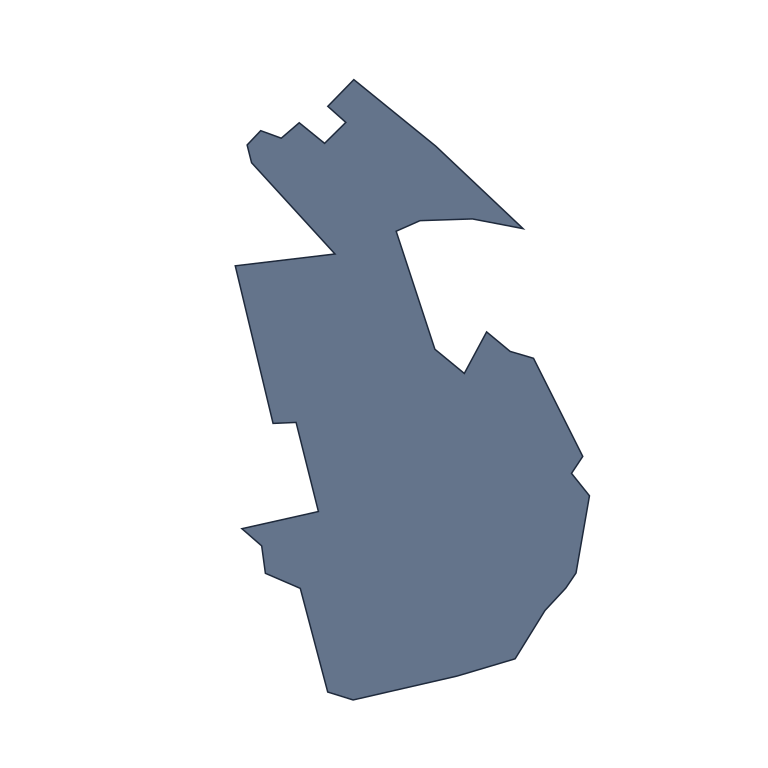 Arnasay, Jizzakh, Uzbekistan, rotated 344°
{"feature_id": "79887680B99021392156444", "entity_name": "Arnasay", "entity_type": "district", "adm_level": 2, "iso_a3": "UZB", "parent_name": "Uzbekistan", "parent_adm1": "Jizzakh", "projection": "equal_earth", "projection_center": [67.818, 40.546], "detail": "fine", "context": "isolated", "style": "filled", "palette": "slate", "viewbox_px": 768, "rotation_deg": 344, "n_neighbors": 0, "source": "geoboundaries", "source_scale": "gbopen_adm2", "svg_char_len": 638}
<svg xmlns="http://www.w3.org/2000/svg" viewBox="0 0 768 768"><g transform="rotate(344 384 384)"><path d="M245.0,664.6L267.2,679.2L374.0,684.9L434.3,684.3L476.3,646.1L502.5,630.3L516.5,618.6L550.7,548.1L539.6,521.6L555.1,508.4L534.8,400.5L514.2,387.4L497.0,362.2L464.1,396.0L442.5,364.6L437.8,240.5L463.6,236.9L514.5,249.7L560.5,273.0L499.3,169.6L438.9,83.1L406.5,101.6L419.4,122.0L393.2,136.3L374.5,109.5L353.0,119.4L335.3,106.5L318.3,116.5L317.7,134.8L372.7,245.5L273.6,229.4L266.5,391.3L288.9,396.7L285.8,488.5L207.5,483.9L221.8,505.9L217.8,533.3L247.2,557.4L245.0,664.6Z" fill="#64748b" stroke="#1e293b" stroke-width="1.5"/></g></svg>